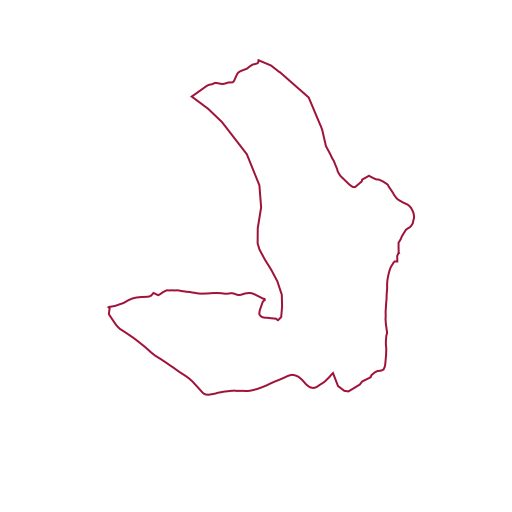 Boguis, Dauphin, Saint Lucia, rotated 324°
{"feature_id": "8701671B63256124601591", "entity_name": "Boguis", "entity_type": "district", "adm_level": 2, "iso_a3": "LCA", "parent_name": "Saint Lucia", "parent_adm1": "Dauphin", "projection": "natural_earth1", "projection_center": [-60.922, 14.016], "detail": "fine", "context": "isolated", "style": "outline", "palette": "rose", "viewbox_px": 512, "rotation_deg": 324, "n_neighbors": 0, "source": "geoboundaries", "source_scale": "gbopen_adm2", "svg_char_len": 6119}
<svg xmlns="http://www.w3.org/2000/svg" viewBox="0 0 512 512"><g transform="rotate(324 256 256)"><path d="M106.6,210.8L106.8,212.3L102.9,216.4L102.7,217.7L102.6,219.8L102.3,228.1L102.4,230.6L102.6,232.3L103.0,234.9L104.3,238.1L105.7,241.8L107.5,246.8L108.3,248.9L109.1,251.4L110.3,255.5L112.1,262.0L112.8,264.6L113.6,268.2L114.4,272.1L115.4,275.8L115.7,277.0L116.2,278.2L118.5,283.8L120.6,289.5L122.1,293.8L123.8,298.4L125.1,302.5L126.3,305.9L127.6,309.2L128.8,312.3L129.9,315.9L130.8,320.1L131.3,324.4L131.8,328.6L132.2,332.4L132.3,333.4L132.5,334.9L132.6,335.8L132.8,336.2L133.0,337.1L133.3,337.5L133.5,337.9L134.4,339.0L135.4,339.8L136.1,340.4L136.5,340.7L137.3,340.9L138.1,341.4L141.4,343.0L141.8,343.2L142.7,343.6L143.6,343.8L144.0,343.9L145.3,344.5L145.7,344.7L147.3,345.5L148.5,346.0L151.1,347.3L151.9,347.8L155.4,349.8L156.4,350.3L156.8,350.5L157.5,351.1L158.3,351.5L159.7,352.5L160.2,352.9L160.9,353.7L162.6,354.8L163.2,355.3L165.6,357.0L166.0,357.2L166.3,357.5L167.4,358.4L168.7,359.5L169.8,360.2L171.2,361.1L174.0,362.4L175.4,363.0L176.9,363.5L178.0,364.0L178.9,364.3L180.2,364.7L181.2,365.0L183.3,365.6L188.1,366.8L192.0,367.5L197.0,368.5L199.3,369.1L201.1,369.6L202.7,370.0L203.9,370.2L206.7,370.9L209.7,371.4L210.1,371.5L210.5,371.6L210.9,371.7L212.4,372.1L212.7,372.2L214.5,372.9L215.2,373.3L215.9,373.8L217.3,375.4L217.8,376.0L218.6,377.3L219.2,378.4L219.6,379.5L219.7,379.9L220.3,382.4L220.6,384.2L220.7,385.5L220.9,386.8L220.9,387.6L220.9,388.0L221.1,389.3L221.3,390.1L221.4,390.6L221.8,391.9L222.2,393.1L222.7,394.2L223.3,394.8L223.8,395.5L224.1,395.8L225.3,396.7L225.6,396.9L225.9,397.0L227.1,397.4L228.2,397.6L229.0,397.7L231.6,397.7L235.6,398.0L237.1,398.0L237.9,398.0L243.3,397.2L244.9,396.9L246.2,396.5L249.5,396.0L245.9,409.4L248.2,417.0L251.2,419.9L259.1,420.6L264.5,421.0L268.1,419.9L277.4,421.5L277.5,421.2L279.2,420.4L279.5,420.2L283.8,420.0L286.7,420.5L287.7,421.1L290.3,422.4L292.4,422.8L294.9,421.4L296.8,419.7L298.1,418.2L303.1,412.5L304.8,410.2L305.8,409.1L306.8,407.7L308.1,405.6L309.1,403.9L310.0,402.6L311.3,400.9L314.7,397.0L316.6,395.5L317.3,394.6L317.5,394.2L318.4,392.4L319.7,390.0L321.0,387.5L323.7,383.2L325.3,381.2L325.8,380.6L326.8,379.1L328.3,377.0L330.9,373.9L334.2,369.9L336.2,367.7L337.4,366.1L339.1,363.9L343.3,359.0L343.9,358.1L344.6,357.1L345.8,355.5L348.1,352.8L350.6,350.4L352.7,348.5L353.9,347.5L356.3,345.6L357.6,344.8L359.0,344.0L359.7,343.7L363.7,342.1L364.9,341.9L367.1,343.5L370.3,338.9L371.1,338.5L372.3,337.7L372.9,337.4L373.4,337.6L373.6,336.8L377.5,331.3L377.8,331.0L378.0,330.7L378.5,329.8L378.9,329.3L379.3,329.0L380.0,328.7L381.9,327.9L383.4,327.2L385.4,325.9L386.2,325.6L387.3,325.1L388.5,324.6L391.0,323.6L391.3,323.4L392.1,323.1L392.5,323.0L392.9,322.9L394.8,322.9L396.9,323.1L398.0,323.1L398.5,323.0L399.3,322.8L400.1,322.5L401.6,321.9L402.0,321.7L403.9,320.0L404.9,319.2L405.5,318.7L406.4,317.8L407.0,317.1L407.2,316.8L407.6,315.9L408.3,314.7L408.5,314.2L408.8,313.3L409.1,312.0L409.3,311.2L409.7,308.3L409.6,307.4L409.5,305.7L409.2,304.6L408.8,303.4L407.9,301.8L407.0,300.2L406.2,298.8L405.5,297.1L404.5,294.9L404.3,294.4L403.8,292.7L403.7,291.9L403.7,291.5L403.6,291.0L403.6,287.4L403.9,286.0L404.2,277.8L404.5,275.8L404.5,275.5L402.4,270.0L401.8,269.0L401.2,267.9L400.5,266.7L399.9,266.0L399.2,265.5L398.6,264.9L398.3,264.6L398.0,264.2L397.0,262.5L394.5,257.5L386.9,256.6L386.3,257.0L385.4,257.8L376.8,258.5L376.1,258.1L375.2,257.4L375.0,257.1L374.6,256.4L374.1,254.9L373.3,252.3L373.5,252.9L371.4,241.1L371.5,238.6L371.5,237.7L371.7,236.8L371.8,236.3L371.9,235.4L372.0,235.0L372.2,234.6L372.4,234.2L372.6,233.8L374.9,224.4L375.0,222.5L375.1,221.4L375.2,221.1L376.0,216.8L376.8,211.0L377.1,208.7L377.2,208.2L377.3,207.8L377.5,207.4L383.7,192.9L384.2,191.1L384.8,189.0L385.2,186.9L391.8,158.8L383.2,120.6L383.2,121.5L380.4,111.7L380.4,111.2L379.4,109.6L378.6,108.2L373.1,99.1L372.6,99.6L371.8,100.5L371.5,100.7L371.2,100.8L370.8,100.9L370.4,100.9L369.7,100.7L368.0,100.1L367.5,99.9L366.2,99.3L365.4,99.1L364.9,99.1L362.9,99.0L361.6,99.0L360.4,99.0L359.9,99.1L358.7,99.1L358.2,99.0L356.5,98.5L354.6,98.0L353.3,97.6L351.7,97.3L350.9,97.2L349.8,97.2L349.1,97.3L348.4,97.5L347.4,97.9L343.6,100.0L342.0,101.0L341.4,101.3L340.2,101.7L339.8,101.7L339.4,101.7L338.9,101.6L337.4,100.6L336.3,99.8L335.5,99.4L335.2,99.2L333.5,98.7L332.1,98.2L331.2,97.8L330.2,97.2L329.6,96.8L328.9,96.2L327.0,94.1L325.7,92.8L325.0,92.2L324.6,92.0L324.4,91.8L324.0,91.7L322.0,91.4L321.2,91.1L319.1,90.1L318.3,89.8L317.4,89.6L317.1,89.6L316.7,89.5L314.7,89.4L312.1,89.4L310.2,89.4L297.7,89.2L303.8,108.8L307.2,127.7L308.4,168.3L300.3,200.8L288.7,219.7L273.7,234.6L264.7,246.8L262.6,252.9L261.1,263.9L260.2,276.3L258.4,289.0L254.1,302.5L247.5,312.1L240.5,320.2L236.1,320.9L235.7,320.1L235.3,318.3L233.9,317.3L232.7,316.1L232.0,315.6L229.5,313.2L228.2,312.1L227.5,311.6L226.9,311.1L226.3,310.5L225.1,309.1L224.7,308.3L224.5,307.4L224.4,306.5L224.4,305.6L224.7,304.7L225.3,304.0L226.5,302.8L227.1,302.2L229.2,300.7L232.7,298.3L234.1,297.3L234.9,297.0L236.4,296.7L237.3,296.7L237.7,296.0L237.5,295.5L236.3,294.1L235.2,291.7L233.7,288.9L232.4,286.3L230.8,283.8L230.5,283.5L230.2,283.1L229.5,282.6L228.1,281.5L227.7,281.3L227.3,281.1L226.9,280.9L226.2,280.5L225.8,280.2L224.6,279.7L223.8,279.5L223.5,279.3L222.3,279.0L220.6,278.3L219.9,277.9L219.2,277.5L218.5,276.9L218.3,276.6L217.7,275.9L216.4,274.0L215.9,273.3L215.1,272.4L214.4,271.7L213.3,271.1L210.4,269.5L209.4,268.8L208.0,267.6L205.9,265.6L204.2,264.2L202.1,262.6L198.5,260.1L196.6,259.0L192.2,256.1L189.6,254.3L188.2,253.2L186.2,251.3L185.0,250.0L183.0,248.1L181.8,246.8L181.5,246.4L178.9,244.2L178.0,243.3L175.1,240.5L174.2,239.5L172.7,238.0L172.1,237.4L171.7,237.2L170.2,236.2L169.5,235.7L167.5,234.1L166.0,233.2L165.3,232.6L163.6,231.3L160.6,230.7L158.0,230.5L156.6,230.6L154.3,230.3L153.9,230.3L151.3,225.6L150.4,225.9L147.7,226.4L146.2,226.1L145.4,225.8L144.3,225.2L141.4,223.3L138.5,221.4L136.4,220.2L134.6,219.2L131.8,218.0L129.7,217.4L128.4,217.1L125.7,216.6L122.2,216.3L120.2,215.9L117.6,215.0L115.1,214.3L112.8,213.6L109.0,211.8L107.7,211.0L106.6,210.8Z" fill="none" stroke="#9f1239" stroke-width="2"/></g></svg>